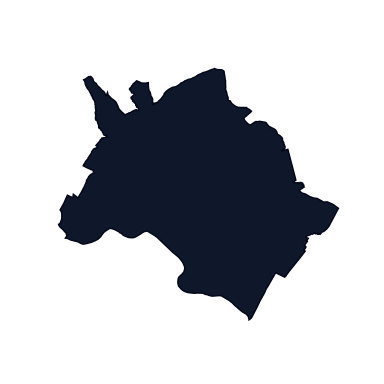 the district of Bradesti, Dolj, Romania, rotated 345°
{"feature_id": "2599482B10867437215868", "entity_name": "Bradesti", "entity_type": "district", "adm_level": 2, "iso_a3": "ROU", "parent_name": "Romania", "parent_adm1": "Dolj", "projection": "mercator", "projection_center": [23.618, 44.508], "detail": "fine", "context": "isolated", "style": "filled", "palette": "ink", "viewbox_px": 384, "rotation_deg": 345, "n_neighbors": 0, "source": "geoboundaries", "source_scale": "gbopen_adm2", "svg_char_len": 5887}
<svg xmlns="http://www.w3.org/2000/svg" viewBox="0 0 384 384"><g transform="rotate(345 192 192)"><path d="M214.0,330.2L215.5,329.7L216.9,328.9L224.6,320.5L230.0,314.2L236.0,308.1L238.2,305.2L241.7,301.9L251.9,291.6L259.5,298.2L261.2,296.8L261.4,297.0L261.8,296.3L262.5,296.0L265.9,293.3L278.8,283.9L286.0,278.4L284.9,277.3L287.4,275.1L287.8,274.6L287.1,272.8L286.8,272.6L290.6,269.6L290.5,269.0L290.1,268.8L290.6,268.5L292.3,266.8L290.0,265.2L291.0,264.3L295.3,263.9L296.4,263.2L297.0,263.9L298.3,263.6L299.2,263.7L299.4,263.2L299.9,263.0L300.0,263.3L299.9,263.7L300.6,264.4L302.4,264.4L302.8,264.5L302.4,265.2L303.0,265.6L303.7,265.7L304.3,265.4L304.8,266.0L307.1,264.4L309.6,264.0L312.3,262.7L315.3,260.6L329.2,245.6L328.3,244.7L325.3,240.8L323.9,239.5L320.0,236.5L316.9,235.9L316.2,235.6L314.2,233.5L311.2,230.6L308.1,229.4L304.6,227.0L301.1,223.4L297.9,221.4L296.6,219.5L295.9,218.1L301.6,216.2L301.0,214.6L301.2,214.1L301.6,214.1L301.1,213.4L300.6,213.3L301.2,212.9L301.3,212.3L300.3,211.4L298.8,210.7L297.9,211.2L297.2,211.2L297.4,211.0L297.3,210.7L293.3,209.6L292.6,208.6L295.4,207.4L295.6,175.6L288.7,175.7L292.3,174.3L293.0,173.8L293.4,172.9L293.6,172.4L293.5,171.4L293.2,169.0L293.4,167.9L292.8,165.8L292.8,165.3L293.1,164.2L293.2,163.4L292.7,162.3L291.5,160.3L289.6,158.6L289.3,155.4L288.6,153.4L287.9,152.6L283.2,148.4L282.5,146.8L282.0,145.9L281.7,144.5L280.9,143.7L275.8,141.3L273.3,141.0L272.0,140.5L270.8,140.7L266.0,142.3L264.9,142.3L264.2,141.1L263.4,140.2L261.7,137.1L261.4,136.2L261.2,134.6L260.7,134.2L269.3,130.1L270.3,129.4L269.2,127.7L268.2,126.5L266.9,125.8L266.0,125.8L266.4,125.6L266.2,125.0L266.7,124.8L266.7,124.6L259.0,122.4L258.2,122.0L256.7,121.0L255.2,119.3L253.5,117.1L253.0,115.9L252.4,113.8L251.1,113.3L250.8,112.7L250.8,111.6L251.2,110.6L251.3,110.1L251.0,107.7L251.2,105.7L251.0,101.3L251.7,99.5L252.1,97.3L252.8,94.5L253.1,93.5L253.2,92.6L253.2,91.2L253.4,90.4L253.8,86.9L253.8,85.9L254.1,84.3L254.1,83.7L254.0,83.4L252.9,82.1L251.2,81.2L249.8,80.9L247.7,80.1L245.6,78.5L244.6,78.9L242.5,78.8L236.9,79.6L233.5,79.5L230.8,80.2L228.4,80.4L224.9,81.7L222.7,81.9L221.4,82.4L219.2,82.5L218.0,82.3L213.5,82.9L212.5,83.6L212.4,83.4L211.2,83.8L209.4,83.9L208.0,84.8L205.8,85.6L203.7,86.1L200.1,85.9L196.7,86.7L194.2,87.6L192.5,88.5L190.6,89.8L190.7,90.4L186.4,93.9L185.2,94.5L184.7,95.0L183.4,95.4L181.7,96.8L181.3,96.8L181.1,96.5L180.1,96.9L179.7,96.6L178.8,97.1L178.7,97.0L179.0,96.6L178.5,96.6L178.1,96.3L177.2,96.9L176.6,97.1L176.8,96.4L177.3,94.5L178.0,92.1L177.8,90.5L177.2,88.5L177.4,85.0L176.8,83.1L176.7,82.5L176.8,81.3L177.3,78.2L178.1,75.1L174.9,74.8L171.8,73.8L170.4,73.0L170.1,72.4L168.6,71.4L167.8,70.6L167.2,70.3L166.3,70.9L163.2,72.4L163.3,72.6L161.3,73.9L160.7,74.7L158.6,75.9L158.2,76.4L158.4,77.3L159.1,78.7L159.5,80.7L159.8,80.9L160.8,81.0L161.3,81.9L161.6,81.9L161.9,82.5L161.1,83.1L157.7,84.8L157.7,85.3L157.5,85.5L157.6,86.4L158.4,87.2L158.2,88.8L158.4,89.2L159.0,89.9L159.6,91.2L160.1,91.4L160.1,91.9L160.4,92.4L160.4,92.7L160.1,93.8L160.9,94.5L160.5,95.3L160.6,95.8L161.5,96.5L162.1,97.3L161.9,98.4L161.6,98.7L161.5,99.1L160.4,99.0L159.8,98.3L159.4,98.1L157.9,98.2L155.2,98.6L153.0,99.4L151.5,99.3L150.6,99.6L146.8,100.1L146.4,98.8L144.7,96.2L143.6,94.1L143.3,93.9L142.7,91.5L142.7,90.4L142.1,86.8L141.7,85.4L141.1,84.2L138.4,80.7L136.0,76.4L136.1,74.1L134.3,76.5L134.1,76.3L133.4,74.6L133.3,73.4L132.8,72.2L131.4,70.5L130.0,67.6L128.5,65.2L128.1,64.5L127.6,62.4L126.4,61.1L125.6,59.7L125.5,56.9L124.6,54.9L124.1,54.3L123.6,54.0L122.7,54.4L122.1,53.8L118.3,55.3L116.4,55.6L117.2,58.0L116.9,59.3L116.9,60.5L117.4,63.5L117.8,65.2L118.6,66.3L119.6,70.8L119.9,71.6L119.8,72.4L120.4,74.2L120.4,75.5L120.8,77.1L121.3,78.2L121.4,79.5L121.4,81.4L121.0,82.4L121.2,82.8L121.1,83.4L121.3,84.1L120.7,84.5L120.1,89.1L119.2,90.0L119.0,90.7L119.0,91.8L118.7,93.5L117.7,96.2L117.8,97.7L118.5,97.9L118.7,98.1L118.8,99.8L118.9,102.2L119.2,103.5L118.6,105.1L118.6,105.8L118.9,106.4L119.3,106.5L120.1,107.9L120.2,109.0L120.9,109.5L121.1,111.4L121.6,112.0L121.5,112.5L121.5,113.8L123.2,115.3L123.5,115.2L123.8,115.7L124.1,115.7L124.1,116.2L124.4,116.4L123.9,117.1L118.9,116.6L118.7,117.5L117.7,117.5L117.0,117.8L116.9,117.9L117.0,118.3L111.3,122.2L112.3,123.5L112.2,124.2L110.4,124.8L110.2,124.7L108.0,125.1L105.7,127.0L104.9,128.4L100.0,132.6L100.4,132.5L100.0,133.2L99.5,133.3L97.0,135.0L96.4,135.9L94.9,137.1L93.8,138.4L93.7,138.5L96.2,140.8L100.6,144.4L102.3,145.4L101.9,146.0L102.5,147.9L100.9,148.2L99.8,148.8L99.4,148.7L98.1,149.2L96.1,150.5L95.0,151.9L93.3,153.2L93.1,153.5L93.1,154.0L93.0,154.6L92.6,154.7L92.3,155.3L91.8,155.8L91.6,156.3L90.8,157.0L90.3,157.9L84.4,164.3L81.8,166.7L80.5,168.3L76.8,163.5L75.5,166.7L70.8,162.9L65.4,169.6L60.0,175.2L60.7,177.1L60.7,178.0L60.5,179.9L59.5,183.6L59.2,184.3L57.3,187.1L56.1,188.4L54.8,188.7L54.8,189.4L55.0,190.4L55.7,192.1L57.6,194.8L58.6,197.0L60.1,199.7L59.7,200.6L60.1,201.7L57.8,203.8L59.7,204.6L62.5,207.0L69.2,210.7L70.8,212.4L72.2,213.5L73.1,214.0L74.2,214.3L76.7,214.5L82.2,214.5L83.5,214.2L85.7,214.0L89.0,213.2L90.1,212.7L92.2,211.5L94.4,209.6L96.5,208.1L97.6,207.6L102.3,206.0L103.7,206.0L104.8,206.4L107.5,208.2L110.9,211.3L112.0,212.9L113.5,214.0L113.6,214.7L113.9,215.3L115.4,216.9L118.8,219.4L121.3,220.4L123.4,220.9L125.0,220.9L127.9,220.2L131.2,219.3L133.5,218.4L135.7,217.9L137.9,218.0L138.9,218.4L142.5,222.0L143.5,223.2L144.6,224.2L145.6,225.6L146.3,226.3L157.9,245.4L162.1,251.3L163.5,254.1L164.9,257.9L165.5,261.8L165.2,264.2L163.5,267.1L161.4,268.6L157.5,270.7L157.0,271.2L156.2,272.3L155.2,274.8L154.8,276.4L154.7,279.5L156.8,283.5L158.7,285.8L161.9,288.0L168.0,290.4L170.9,290.9L176.0,292.4L178.7,294.5L180.0,295.0L181.9,296.4L184.5,297.8L189.9,298.8L191.9,299.2L193.4,299.8L200.0,306.5L201.5,308.6L202.3,309.5L203.5,311.9L208.3,319.0L210.0,321.2L212.5,323.6L213.8,325.9L214.2,327.3L214.1,329.6L214.0,330.2Z" fill="#0f172a" stroke="#020617" stroke-width="1.5"/></g></svg>